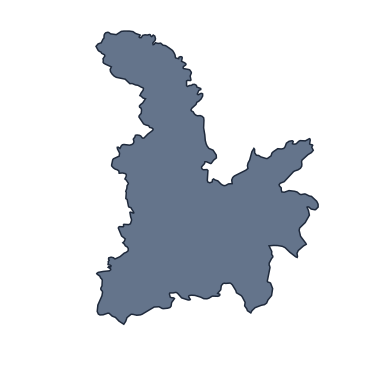 an SVG outline of Jharkhand, rotated 283°
{"feature_id": "IND-3256", "entity_name": "Jharkhand", "entity_type": "State", "adm_level": 1, "iso_a3": "IND", "parent_name": "India", "parent_adm1": "", "projection": "natural_earth1", "projection_center": [85.779, 23.655], "detail": "fine", "context": "isolated", "style": "filled", "palette": "slate", "viewbox_px": 384, "rotation_deg": 283, "n_neighbors": 0, "source": "natural_earth", "source_scale": "10m", "svg_char_len": 6055}
<svg xmlns="http://www.w3.org/2000/svg" viewBox="0 0 384 384"><g transform="rotate(283 192 192)"><path d="M47.8,155.3L49.7,150.0L52.6,145.6L53.1,142.1L55.2,138.5L54.9,137.1L52.4,133.1L51.5,130.0L52.0,128.2L54.3,126.5L60.7,125.7L70.6,127.6L74.0,127.4L75.1,127.0L76.4,125.2L77.7,124.8L80.3,125.4L85.9,124.4L86.9,123.6L87.7,122.3L89.3,121.1L90.6,118.0L91.2,117.5L92.6,118.7L94.6,123.3L96.6,129.2L98.0,130.3L99.0,129.8L99.7,127.2L100.5,127.6L100.8,129.6L101.8,129.8L102.3,128.8L102.3,126.7L102.6,126.4L104.0,126.5L105.4,126.0L106.8,126.7L107.9,125.7L109.1,125.7L110.3,127.8L110.3,130.3L109.5,131.7L109.7,132.4L112.9,136.5L117.2,139.7L118.5,141.6L120.4,143.0L122.6,142.6L123.9,141.2L124.5,139.2L126.0,137.8L127.0,136.0L128.5,137.1L131.3,137.5L133.3,133.3L140.3,128.3L141.2,128.4L142.0,129.2L142.6,132.7L143.1,133.1L144.7,132.6L145.2,132.9L146.0,137.7L147.2,139.1L150.5,139.5L151.8,139.2L154.0,137.8L158.1,136.1L158.5,136.3L158.6,136.9L158.2,139.5L158.6,140.0L159.1,139.8L163.0,135.9L163.1,134.0L163.8,133.3L170.1,130.5L170.7,129.0L176.7,128.1L177.7,127.3L180.7,127.7L183.5,127.3L185.7,128.1L186.3,127.9L188.2,125.9L189.3,124.6L189.6,123.7L192.2,124.3L193.7,124.2L194.5,123.7L194.9,122.8L194.9,120.0L193.9,116.8L196.0,116.0L196.8,114.3L197.0,112.0L197.8,110.0L199.3,107.9L200.1,107.6L205.5,107.5L206.7,108.0L210.6,113.0L213.6,112.7L217.3,109.6L218.7,109.1L219.1,109.9L218.3,112.0L221.3,112.8L222.4,113.6L223.0,115.0L223.6,120.7L224.8,122.8L226.0,123.8L227.2,124.1L228.3,124.0L230.3,122.9L232.8,124.0L234.5,124.1L235.2,125.6L235.4,128.0L235.1,129.4L233.4,131.5L233.7,133.0L238.6,136.0L242.5,139.3L243.9,140.1L244.6,139.9L245.4,138.4L245.4,136.2L246.9,134.8L246.9,132.2L247.4,129.6L253.2,123.4L254.6,123.4L257.2,124.8L260.6,124.4L262.2,123.5L262.8,121.9L263.9,121.4L265.6,122.2L267.6,123.9L272.4,125.7L272.5,123.2L274.0,120.7L274.2,119.5L276.9,120.1L280.2,121.5L282.0,121.4L282.5,120.7L282.7,119.1L283.8,115.3L283.6,112.9L284.2,109.5L283.6,107.0L286.9,101.5L286.7,92.4L287.4,90.1L288.8,87.8L291.0,85.5L293.0,84.7L295.8,85.3L297.1,78.8L297.7,77.0L298.4,76.2L300.6,75.9L301.7,75.3L304.9,76.5L306.0,75.9L306.8,72.8L307.9,71.7L308.2,70.0L308.9,68.7L312.3,65.7L315.2,67.2L317.0,70.0L320.9,70.9L322.2,71.6L325.1,71.1L326.5,71.4L327.8,72.2L328.7,74.0L328.7,75.0L327.8,77.1L328.3,82.8L332.6,87.0L333.5,89.5L334.7,94.8L335.0,98.4L333.8,101.4L333.3,106.1L332.5,106.2L331.4,105.6L330.9,105.7L330.6,106.4L331.0,107.8L333.5,108.7L334.6,110.9L334.9,113.3L335.9,115.1L335.9,115.8L334.5,117.1L334.3,117.8L336.2,118.9L335.5,120.7L333.0,122.0L331.4,121.9L328.8,120.5L327.9,120.4L326.8,121.0L327.4,121.9L329.2,122.8L329.1,125.5L330.0,128.0L328.5,130.8L328.7,132.9L328.4,134.2L325.8,140.6L325.0,141.8L323.2,143.5L321.6,144.7L319.4,145.5L318.9,146.2L318.9,149.0L320.3,149.0L320.7,149.3L321.4,150.7L321.3,151.8L320.6,152.3L317.0,152.4L316.3,155.6L315.7,157.0L315.1,157.4L314.4,157.3L312.2,155.4L310.9,155.4L310.4,155.9L310.6,161.7L310.4,162.4L308.5,164.4L307.7,164.6L304.6,164.1L300.9,165.8L300.2,165.3L299.8,162.7L299.0,161.7L294.4,162.8L293.8,163.8L295.4,165.9L295.7,167.4L297.0,168.5L297.5,170.4L296.9,172.3L295.4,173.1L294.8,177.2L293.8,177.5L292.5,175.8L288.7,175.1L288.2,175.9L288.3,176.5L289.9,178.2L290.3,179.3L290.0,180.3L287.9,180.8L284.6,179.9L281.9,178.1L280.5,176.5L278.2,176.2L273.6,173.0L271.7,172.5L270.9,173.3L270.4,175.1L268.6,176.8L267.8,178.3L267.5,180.1L268.3,182.8L268.0,184.8L266.9,186.7L264.6,187.5L257.1,188.9L250.6,191.6L245.3,193.3L242.2,194.9L240.3,196.3L238.3,198.6L237.5,203.1L233.5,207.3L230.7,208.1L227.9,205.9L224.2,204.3L223.9,203.7L224.7,199.3L224.4,197.8L222.5,197.8L218.7,195.7L217.2,196.1L216.4,197.3L216.3,198.3L217.2,201.5L216.5,202.7L206.7,204.3L205.2,205.3L205.0,207.3L206.2,209.1L206.5,209.4L208.5,209.2L209.6,210.1L208.9,212.0L208.7,214.6L206.3,218.4L205.6,220.2L205.4,221.9L206.0,223.4L208.1,225.7L209.2,229.3L212.6,228.0L215.1,228.4L216.4,229.1L217.5,230.1L225.3,239.5L227.5,241.2L230.1,240.1L232.8,240.1L236.2,241.0L244.8,241.3L248.4,242.5L247.7,243.4L244.2,244.3L242.3,246.5L242.6,248.7L241.7,251.2L241.3,256.8L241.6,257.9L245.0,260.9L247.9,261.1L249.5,262.1L253.5,265.8L254.0,269.4L255.1,271.6L256.9,272.5L260.8,273.0L263.2,275.1L264.3,277.5L264.5,278.5L263.9,279.3L261.7,279.0L261.5,280.0L261.9,281.8L262.6,282.8L265.4,284.6L266.4,285.8L267.3,290.9L270.4,294.4L270.2,295.0L269.2,295.5L265.3,295.8L265.0,296.3L265.0,298.6L264.7,299.1L262.6,298.6L259.9,300.8L257.3,299.5L254.5,296.6L247.8,292.0L246.2,291.9L243.8,292.8L241.8,293.1L239.5,292.3L237.4,290.3L235.6,287.3L234.6,286.3L222.8,279.5L220.4,276.0L218.8,275.2L217.6,275.8L216.1,278.0L214.1,278.5L212.3,279.5L212.5,281.9L215.2,286.2L215.8,291.9L215.6,294.5L214.1,297.4L214.0,298.8L215.4,302.0L215.5,303.1L214.5,307.2L214.6,309.4L211.0,315.6L208.5,317.6L205.7,318.3L202.6,316.4L202.3,315.6L202.2,311.9L203.6,309.3L203.7,308.4L203.1,307.5L200.2,309.6L195.9,311.6L187.7,309.2L181.2,305.0L178.8,305.0L173.3,307.7L167.5,314.6L166.7,315.1L164.6,312.8L158.9,308.7L155.9,308.1L152.9,309.3L151.9,309.2L152.2,307.6L155.3,300.9L158.7,295.3L159.4,292.3L159.1,287.5L158.3,283.5L156.9,279.2L152.0,283.1L149.2,283.6L147.8,285.1L146.9,285.4L145.0,284.5L140.1,283.2L138.1,283.6L137.4,284.3L135.8,285.0L122.1,285.4L121.3,286.2L121.2,288.2L120.8,289.1L116.0,292.3L109.0,292.8L103.9,290.3L100.6,289.7L98.6,288.0L97.2,285.0L93.5,279.5L89.8,277.1L87.4,276.5L88.8,272.7L90.5,271.6L92.9,268.9L96.4,268.6L101.4,264.3L102.2,263.1L103.8,258.0L105.9,256.8L110.7,252.1L111.7,250.3L111.8,249.5L110.5,245.4L110.4,243.9L109.6,242.7L107.3,241.6L103.2,242.0L99.0,239.8L98.6,242.1L97.8,242.3L97.0,241.9L96.2,240.7L95.1,235.2L92.3,232.3L91.3,230.6L90.7,227.5L91.5,224.2L91.9,218.2L91.3,214.5L90.5,212.7L89.8,212.2L89.0,212.4L87.0,214.5L86.4,214.2L85.9,212.6L86.5,205.7L89.8,201.1L90.5,199.7L90.5,198.7L89.4,196.3L88.7,193.2L87.6,192.9L84.7,194.4L84.4,195.5L84.7,198.0L84.2,198.9L79.7,197.0L76.1,197.3L74.5,196.5L73.3,194.5L71.9,190.4L71.8,189.2L72.8,185.7L71.4,181.0L61.6,170.8L60.6,169.2L59.5,165.9L59.5,161.9L59.2,160.2L55.0,156.9L51.1,156.5L47.8,155.3Z" fill="#64748b" stroke="#1e293b" stroke-width="1.5"/></g></svg>